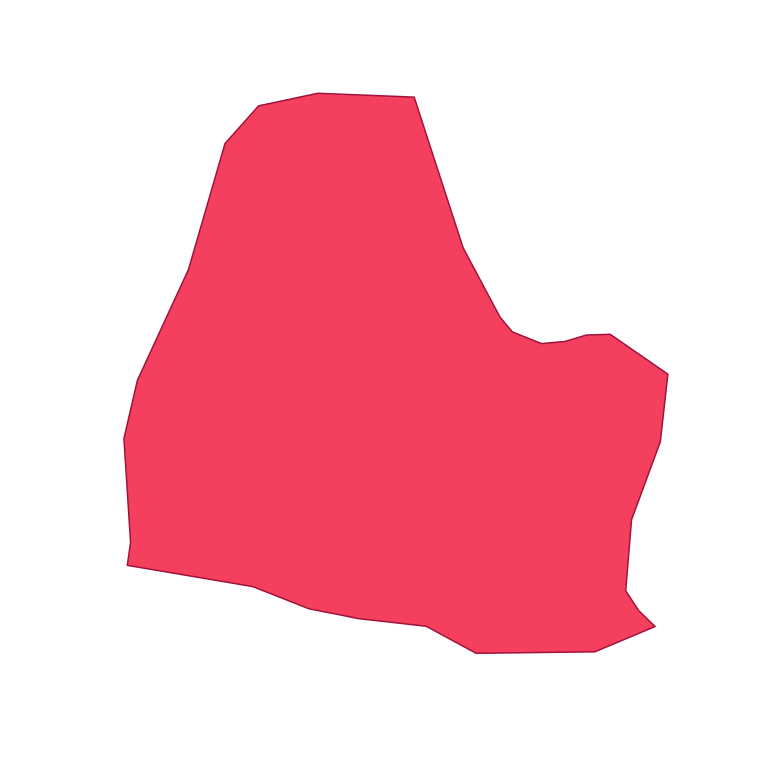 an SVG outline of Rožaje, rotated 261°
{"feature_id": "MNE-1501", "entity_name": "Rožaje", "entity_type": "Municipality", "adm_level": 1, "iso_a3": "MNE", "parent_name": "Montenegro", "parent_adm1": "", "projection": "natural_earth1", "projection_center": [20.185, 42.858], "detail": "fine", "context": "isolated", "style": "filled", "palette": "rose", "viewbox_px": 768, "rotation_deg": 261, "n_neighbors": 0, "source": "natural_earth", "source_scale": "10m", "svg_char_len": 542}
<svg xmlns="http://www.w3.org/2000/svg" viewBox="0 0 768 768"><g transform="rotate(261 384 384)"><path d="M662.6,458.7L611.9,466.7L506.0,483.5L431.8,509.1L415.4,518.9L399.3,545.9L397.7,569.3L400.7,591.6L397.7,615.2L349.3,665.9L283.7,647.9L211.3,607.3L142.1,590.4L120.3,600.1L102.1,613.8L101.8,612.7L86.5,550.3L103.6,432.8L138.1,387.8L156.2,322.2L173.8,274.5L204.4,222.7L245.0,102.1L267.2,108.9L370.8,118.6L426.2,141.0L527.5,208.7L646.4,264.6L678.4,303.7L681.5,364.2L662.6,458.7Z" fill="#f43f5e" stroke="#9f1239" stroke-width="1.5"/></g></svg>